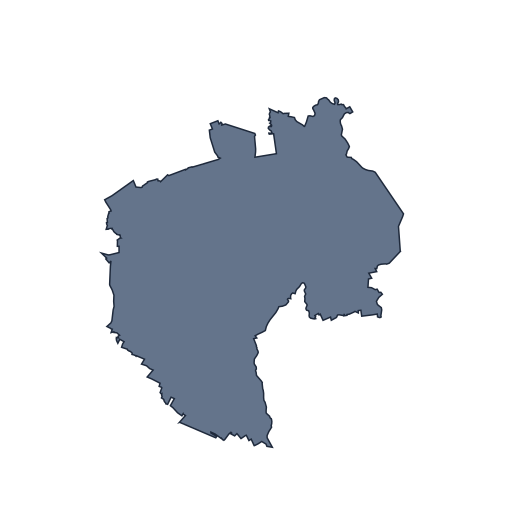 outline of Yanga, Veracruz, Mexico, rotated 225°
{"feature_id": "50627088B86656079275604", "entity_name": "Yanga", "entity_type": "district", "adm_level": 2, "iso_a3": "MEX", "parent_name": "Mexico", "parent_adm1": "Veracruz", "projection": "mercator", "projection_center": [-96.801, 18.823], "detail": "fine", "context": "isolated", "style": "filled", "palette": "slate", "viewbox_px": 512, "rotation_deg": 225, "n_neighbors": 0, "source": "geoboundaries", "source_scale": "gbopen_adm2", "svg_char_len": 6120}
<svg xmlns="http://www.w3.org/2000/svg" viewBox="0 0 512 512"><g transform="rotate(225 256 256)"><path d="M157.2,361.5L157.5,361.5L176.2,377.7L180.2,387.6L181.5,390.1L230.9,399.5L233.5,398.6L237.1,395.9L239.6,394.6L242.4,393.7L243.7,393.5L251.5,393.8L255.4,393.2L257.1,392.6L258.3,393.1L261.0,390.7L261.6,390.4L262.7,390.7L264.0,391.2L264.2,392.2L265.8,394.7L266.5,397.6L267.1,398.6L267.1,399.1L267.5,399.5L271.0,400.7L275.7,401.7L280.2,401.5L281.3,402.0L284.5,406.8L287.5,408.5L288.8,408.9L290.2,409.6L291.9,411.0L292.7,412.1L292.7,414.9L294.0,419.0L293.5,421.3L292.2,422.8L290.6,422.9L290.2,423.3L289.5,426.3L295.2,427.8L296.3,423.9L296.7,424.2L299.4,424.3L300.5,424.8L301.4,424.8L302.3,423.7L303.1,423.7L304.2,421.9L305.2,420.9L306.1,421.6L306.7,423.4L308.2,424.6L310.1,424.7L311.5,424.1L311.9,423.1L311.7,422.5L310.7,421.3L308.6,420.3L308.1,419.7L307.8,418.7L310.2,417.6L312.2,417.3L315.3,417.8L316.3,417.5L317.9,417.7L319.5,416.5L319.8,416.1L321.6,411.4L321.1,409.6L319.8,407.9L319.6,406.8L319.6,406.1L320.2,405.4L320.6,404.5L321.0,402.6L320.9,401.2L320.0,400.3L318.8,400.1L315.2,398.7L314.3,397.5L313.9,396.6L314.4,394.9L317.0,393.3L318.1,391.9L315.0,386.2L313.3,382.0L313.5,381.7L315.8,381.6L322.2,379.9L324.6,380.1L326.7,381.1L329.9,379.1L331.3,377.9L332.0,377.6L333.7,380.2L336.7,377.0L337.5,375.8L340.6,375.4L342.7,374.5L341.7,372.9L350.7,369.5L348.1,368.3L347.6,367.8L347.4,366.6L346.8,365.6L346.2,365.4L344.1,363.9L344.4,363.5L343.8,363.0L343.6,361.3L342.9,360.8L342.5,361.0L342.0,361.6L341.1,362.0L339.9,360.5L340.2,359.6L338.0,359.7L337.4,359.5L336.8,358.8L336.7,358.3L337.2,357.9L337.9,358.2L338.3,356.9L338.3,355.8L337.9,355.6L337.5,354.9L335.0,354.8L333.8,355.2L331.8,354.4L332.0,354.0L331.9,353.3L332.1,353.0L332.8,352.9L332.9,352.5L333.8,352.1L333.6,351.8L332.8,351.5L330.0,354.9L313.9,342.8L326.6,325.1L329.9,329.3L332.0,331.5L341.6,339.5L341.9,341.1L343.5,341.8L371.0,327.7L372.8,324.4L373.8,325.7L375.4,325.7L375.3,324.4L375.5,323.3L378.6,324.7L381.9,317.2L376.6,315.0L378.0,312.0L371.9,307.2L358.7,300.3L353.9,299.6L352.9,299.0L350.5,299.9L351.0,297.5L363.9,273.7L364.3,273.8L366.3,270.4L366.1,269.8L366.7,267.1L367.2,267.3L374.5,251.2L375.9,250.9L376.0,241.2L376.4,241.4L377.3,240.9L378.5,239.9L379.8,240.9L380.8,240.0L381.1,238.8L384.6,232.9L385.1,231.6L384.6,231.1L385.7,225.2L385.2,224.3L385.4,223.6L385.8,223.0L389.6,219.9L396.1,222.6L400.5,196.6L402.8,188.8L400.3,187.9L391.6,186.0L390.3,185.4L391.3,183.4L390.3,182.4L390.5,182.3L388.8,179.2L387.7,178.3L387.8,177.2L384.7,174.6L385.3,173.9L384.2,173.0L382.7,172.5L380.8,168.9L379.5,170.4L379.7,170.6L378.3,172.8L377.2,173.8L376.8,173.1L375.5,173.3L373.8,172.7L371.3,172.8L370.3,173.1L369.8,172.8L367.9,173.9L367.4,174.6L367.0,174.3L366.6,174.5L364.9,173.1L364.2,173.2L364.9,172.2L365.4,169.1L364.9,169.0L360.9,164.8L359.7,166.0L355.3,161.6L360.2,153.5L361.2,152.3L367.3,148.8L360.1,148.9L360.1,147.7L355.0,147.3L354.9,149.3L355.1,150.0L351.7,145.8L339.4,132.4L338.4,131.8L333.7,130.3L328.7,127.8L324.6,123.3L320.7,120.0L318.9,116.9L312.1,108.3L311.3,106.1L311.6,100.7L307.7,102.0L306.8,102.0L305.9,102.6L304.3,99.4L303.0,101.8L302.4,102.0L302.2,101.6L300.1,103.3L296.4,103.5L296.8,102.0L296.6,101.4L295.4,100.9L295.6,100.5L297.1,99.7L296.3,98.7L294.8,97.6L292.0,96.6L293.4,100.8L288.7,102.1L288.1,99.5L286.5,96.4L281.1,99.1L280.3,98.7L278.3,99.1L278.1,99.4L277.0,99.7L275.4,99.8L274.8,99.7L274.1,98.7L272.8,99.5L271.0,100.3L269.9,100.3L270.0,100.9L261.9,104.2L260.5,98.6L255.8,101.0L251.6,101.2L248.1,102.6L247.4,93.5L242.6,95.4L233.9,98.2L232.3,95.3L230.1,96.3L229.4,96.2L227.2,91.6L225.3,91.5L225.2,92.0L224.2,90.8L223.1,90.3L222.5,88.8L220.3,89.3L219.4,89.2L219.0,88.8L217.8,88.3L215.7,88.1L215.3,87.7L213.6,88.6L216.2,96.1L212.9,97.4L210.7,89.6L207.6,90.0L200.6,89.7L195.4,90.6L196.0,93.0L195.5,92.8L193.1,93.3L192.5,84.2L192.4,84.4L155.9,99.0L156.2,100.7L162.5,99.0L162.8,99.0L163.4,99.6L159.1,101.2L151.5,102.4L151.6,102.7L149.2,102.6L148.8,103.0L148.4,103.0L148.3,104.2L149.3,110.8L149.1,113.6L148.1,113.6L148.2,112.4L143.9,113.7L143.9,116.9L143.6,116.9L137.5,116.3L136.5,121.6L136.1,122.4L130.5,120.5L129.9,123.1L123.2,120.6L123.0,120.8L121.7,124.7L120.8,128.9L115.9,130.1L113.7,129.1L109.2,132.3L119.5,135.3L120.6,136.3L121.2,136.9L122.8,141.0L123.9,145.9L125.3,146.8L126.3,148.5L127.8,150.2L129.6,151.5L130.3,151.8L131.0,151.5L131.9,151.7L133.1,152.3L137.5,152.1L138.2,152.5L139.7,154.0L141.8,156.5L146.2,159.0L148.3,159.5L150.4,161.2L153.5,164.3L156.0,166.2L157.3,166.8L161.6,170.3L162.1,171.0L164.2,171.4L171.2,171.9L173.9,174.0L174.5,174.1L175.6,175.0L175.8,176.3L177.4,177.7L180.8,178.4L181.9,179.2L184.3,182.0L185.1,186.3L186.1,189.2L187.2,190.1L189.7,190.9L190.6,191.9L191.6,192.1L192.3,192.9L199.2,195.9L197.5,198.6L200.2,199.0L199.3,202.2L197.7,206.5L196.7,209.9L198.8,213.4L200.1,217.0L201.0,221.0L202.0,230.1L203.1,234.2L204.0,236.3L201.8,239.2L200.3,242.5L200.6,246.4L201.1,247.2L203.1,247.6L203.3,248.3L203.1,248.9L201.2,250.4L202.0,250.9L203.6,252.6L204.1,254.5L203.9,255.8L201.7,257.0L203.1,259.5L203.6,261.2L203.6,265.1L204.4,268.4L204.2,270.0L202.9,270.8L202.0,270.7L198.9,269.4L198.2,268.4L198.0,266.5L197.2,265.5L194.0,264.3L193.1,261.8L191.3,260.5L189.3,258.2L185.8,257.8L185.1,257.4L184.0,254.8L183.4,254.0L182.5,253.6L181.8,253.5L180.1,254.5L178.1,253.5L176.2,251.3L175.1,250.6L173.4,250.7L171.0,252.2L170.0,253.0L169.6,253.7L170.5,253.5L170.8,255.2L172.3,255.5L171.3,259.4L169.7,258.9L169.5,260.3L169.2,260.2L163.1,257.9L160.1,265.5L157.3,263.8L155.7,269.2L155.8,270.0L156.6,271.9L156.1,272.7L155.4,273.4L151.8,275.9L152.7,277.6L151.5,275.9L149.7,278.4L150.3,279.0L148.9,280.8L147.0,285.9L146.9,286.8L143.4,288.1L145.1,289.7L143.5,291.8L138.7,288.2L132.2,296.5L129.2,300.7L127.0,298.9L125.1,299.8L124.6,300.5L124.4,301.4L125.5,302.1L129.0,306.8L130.9,308.1L134.8,307.6L136.2,307.7L138.8,309.1L139.9,313.5L139.6,318.3L142.1,318.6L143.2,317.2L146.9,318.2L147.9,316.5L151.9,315.3L154.7,313.0L160.2,319.3L158.5,322.1L164.1,323.6L159.6,330.3L162.9,331.4L161.7,332.5L163.1,334.8L163.0,336.3L161.7,338.7L158.9,342.0L157.9,342.6L156.7,345.1L157.2,361.5Z" fill="#64748b" stroke="#1e293b" stroke-width="1.5"/></g></svg>